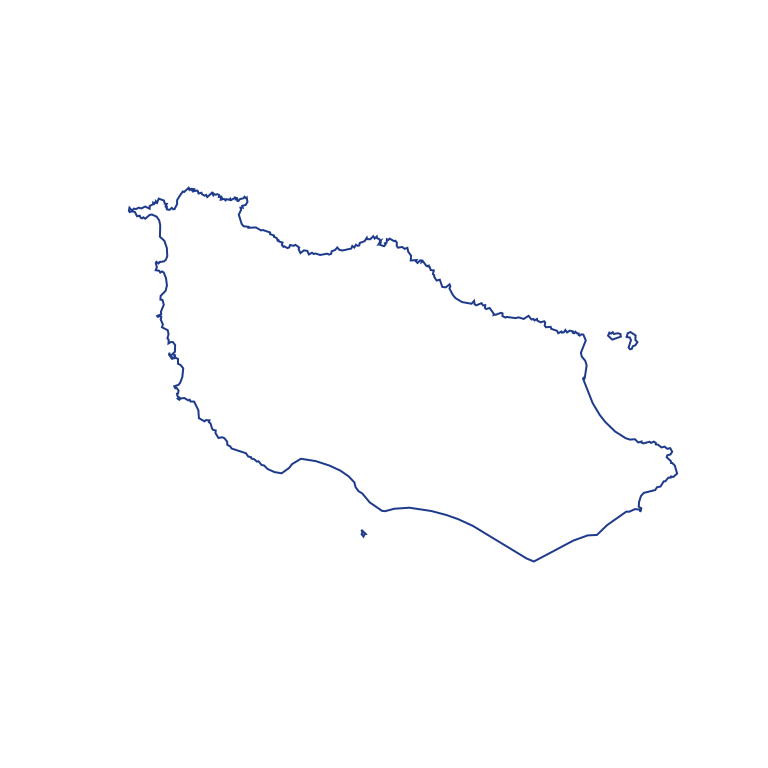 King Island, Tasmania, Australia, rotated 114°
{"feature_id": "25037944B96070195853153", "entity_name": "King Island", "entity_type": "district", "adm_level": 2, "iso_a3": "AUS", "parent_name": "Australia", "parent_adm1": "Tasmania", "projection": "robinson", "projection_center": [143.932, -39.872], "detail": "fine", "context": "isolated", "style": "outline", "palette": "blue", "viewbox_px": 768, "rotation_deg": 114, "n_neighbors": 0, "source": "geoboundaries", "source_scale": "gbopen_adm2", "svg_char_len": 6134}
<svg xmlns="http://www.w3.org/2000/svg" viewBox="0 0 768 768"><g transform="rotate(114 384 384)"><path d="M265.2,261.0L262.3,261.7L261.5,263.1L264.0,266.2L263.7,269.7L262.4,270.7L264.7,272.4L263.8,273.9L265.1,275.5L262.9,279.7L267.7,282.8L268.4,288.2L270.3,290.6L272.9,299.4L273.9,300.0L273.8,303.4L271.3,304.4L271.4,306.1L275.5,310.3L275.5,312.1L276.1,311.8L276.4,312.0L275.0,312.6L271.6,318.4L274.0,321.2L273.4,322.8L270.8,323.6L271.9,325.5L270.5,327.8L274.6,331.7L274.3,333.7L271.4,335.5L275.1,336.7L277.4,346.0L276.5,353.5L274.6,357.4L270.2,363.0L267.8,363.1L266.3,364.6L270.6,366.9L271.6,370.2L266.0,375.5L268.1,378.0L265.7,381.7L264.2,382.3L263.8,384.0L260.0,384.7L260.9,387.7L258.6,389.8L258.7,391.4L257.8,391.4L258.9,393.3L256.0,398.4L257.6,399.3L255.8,399.9L256.6,401.4L259.8,402.6L258.9,404.9L257.5,404.7L260.3,409.8L255.8,411.4L253.3,415.7L250.1,418.0L252.2,420.2L251.4,423.1L253.8,426.7L252.7,428.6L249.5,429.8L248.5,431.9L249.4,432.9L248.9,438.0L250.8,438.7L250.6,440.2L253.9,439.1L255.1,440.4L256.1,439.3L258.1,440.0L258.5,444.4L256.9,444.5L258.3,445.7L254.4,445.3L255.1,445.8L253.6,446.9L253.6,449.6L252.2,450.6L254.9,451.7L253.4,453.9L257.4,455.5L258.5,458.3L257.4,459.2L261.4,459.8L265.0,463.5L267.5,463.0L268.6,464.6L268.2,466.3L271.4,466.7L270.8,469.1L273.6,469.0L279.0,476.4L279.6,479.4L278.3,482.2L281.5,483.2L284.0,485.8L286.6,485.2L288.1,486.8L288.1,489.0L292.1,494.8L292.6,499.6L293.8,501.0L293.4,503.2L296.2,505.3L293.6,508.2L294.5,511.5L298.4,513.6L295.6,516.8L293.8,517.0L292.9,521.6L294.5,522.7L295.2,526.3L297.8,526.2L299.1,527.5L298.8,531.2L299.6,531.7L298.5,533.9L296.1,534.2L296.5,537.6L295.5,538.9L296.3,539.5L294.3,541.4L294.3,544.4L293.1,544.8L293.4,549.0L291.9,549.7L292.6,557.3L293.7,558.8L293.1,564.7L296.4,571.4L295.5,571.6L297.0,576.4L295.6,579.2L288.4,585.5L283.1,585.4L281.3,586.8L280.5,584.7L278.9,586.0L276.7,583.2L273.2,582.8L269.7,585.1L270.5,585.3L269.7,587.6L271.3,587.8L274.0,591.1L276.1,591.4L276.3,592.6L274.4,593.7L275.3,594.5L274.1,594.8L274.3,595.9L275.1,595.3L275.1,596.3L278.2,598.5L277.5,599.5L278.9,599.4L278.1,599.7L277.4,600.8L278.6,600.0L279.3,603.3L280.7,603.4L280.0,605.5L281.6,607.5L280.3,607.4L279.5,608.3L280.3,608.6L279.1,608.9L280.3,610.9L278.5,611.2L278.3,613.3L279.9,615.3L279.2,617.6L280.7,617.2L279.4,619.0L285.1,621.5L283.6,623.4L284.9,624.3L284.7,627.4L283.5,628.6L285.4,630.9L282.9,633.1L283.8,632.6L283.3,633.7L285.4,636.3L283.2,636.6L283.7,638.3L284.9,638.3L284.1,639.3L285.2,640.3L284.8,640.1L284.3,640.4L285.0,640.3L284.4,641.7L285.6,641.3L285.2,642.7L289.9,644.7L290.0,646.1L295.0,647.1L300.2,647.8L303.8,646.2L309.4,646.5L310.1,647.5L309.4,649.5L312.1,650.7L312.8,653.4L309.5,654.9L311.1,655.0L310.6,655.8L307.8,655.7L308.5,657.6L305.9,659.6L306.3,665.2L310.3,665.0L309.9,666.4L311.2,665.6L311.3,667.1L312.8,667.2L312.3,668.6L313.9,668.1L316.6,670.5L319.2,669.4L319.0,674.3L322.3,677.1L322.7,679.8L325.1,681.7L325.5,683.8L327.5,684.5L328.6,683.9L328.2,681.5L331.2,677.8L329.6,675.6L331.1,674.0L331.0,672.2L329.6,671.6L330.1,669.3L324.9,666.9L323.6,665.0L323.6,659.7L326.0,655.9L330.0,653.0L340.6,648.6L342.5,642.9L348.1,637.7L355.3,634.0L359.1,633.8L361.5,634.9L363.8,638.5L364.7,638.0L364.3,638.6L365.6,639.0L365.0,641.6L366.3,641.7L369.7,639.0L372.9,638.8L372.0,635.5L373.2,633.7L371.5,632.7L371.7,630.6L376.0,626.2L382.2,622.4L387.7,621.4L394.3,623.9L397.8,622.6L397.3,620.6L401.2,617.4L408.6,617.2L411.0,615.9L414.1,618.9L414.6,617.9L412.8,615.9L413.4,614.6L415.8,614.3L419.6,610.2L422.5,609.9L422.8,603.5L426.1,601.1L430.4,600.4L431.3,598.6L434.6,597.4L432.2,595.7L431.6,593.9L433.3,590.7L439.6,588.1L443.0,589.5L442.7,586.6L444.9,585.9L446.0,588.2L444.0,592.1L442.6,592.7L444.7,592.3L447.2,587.9L444.8,585.0L444.9,582.4L449.3,580.4L449.4,577.6L451.3,573.8L459.5,571.1L465.8,570.7L468.4,571.4L471.4,574.7L472.8,572.9L471.9,572.0L473.6,569.0L476.3,568.3L477.1,569.2L479.2,567.6L479.6,565.5L481.3,566.5L481.7,564.6L480.1,564.0L478.0,560.8L478.6,556.3L477.4,555.1L478.7,553.6L477.3,550.3L483.5,542.9L490.5,539.2L491.1,532.8L489.5,532.1L488.2,528.7L490.1,528.5L490.6,526.4L494.6,523.0L495.4,521.8L494.9,518.8L497.3,518.1L500.6,513.3L498.5,510.2L498.4,507.9L500.4,503.9L503.3,502.4L503.6,498.8L504.5,497.9L504.9,496.6L503.4,482.0L505.5,478.5L504.9,475.8L506.0,474.8L505.5,472.0L506.6,468.6L505.6,467.2L507.8,462.9L507.2,460.4L509.0,455.8L509.0,448.1L507.2,441.2L499.2,436.5L494.6,435.4L486.1,429.5L482.2,415.0L480.7,400.6L480.9,388.4L482.8,378.6L486.0,371.0L489.8,368.0L492.3,363.6L492.8,359.4L498.0,348.8L500.7,334.1L499.7,331.2L493.8,323.9L486.7,310.5L480.8,289.2L478.3,273.7L477.3,261.1L477.5,245.0L485.4,182.8L485.2,174.9L450.2,147.5L439.5,136.4L435.3,128.1L422.0,122.7L402.0,110.7L401.0,108.1L396.2,103.8L394.8,99.5L395.9,98.4L395.8,97.9L392.9,98.4L392.6,101.3L388.1,103.0L381.8,103.7L377.8,102.4L370.6,93.1L367.3,92.6L365.1,89.6L359.2,88.9L358.4,87.4L353.8,86.1L353.0,84.0L351.7,84.2L351.3,81.9L346.6,79.8L340.3,85.1L338.9,88.5L339.4,89.6L337.8,90.5L335.9,96.0L333.9,96.2L331.8,93.6L328.6,93.2L326.2,96.5L328.0,98.9L327.1,102.2L329.1,104.7L328.0,108.9L328.6,111.2L327.3,111.7L326.9,114.1L329.2,116.1L328.8,118.0L332.7,122.8L332.8,124.9L331.8,125.3L334.0,128.0L332.4,132.3L334.8,136.8L335.2,141.4L333.4,153.5L328.7,166.4L324.6,174.2L316.6,185.6L298.1,204.4L297.2,204.1L297.8,203.1L296.7,203.1L284.7,206.4L281.0,209.5L278.5,214.5L275.4,216.8L262.1,217.4L257.8,222.0L258.3,223.8L260.2,224.9L259.9,226.4L258.7,226.7L259.2,228.6L258.4,230.3L260.3,230.9L260.4,232.4L259.1,232.6L259.7,236.0L262.4,237.7L260.9,240.3L263.6,240.7L264.7,242.4L263.9,243.2L266.7,245.5L265.0,247.6L265.6,253.6L264.0,255.0L266.3,259.2L265.2,261.0ZM236.3,180.0L238.5,182.0L242.0,181.5L242.0,182.4L242.4,181.2L241.5,178.4L243.5,176.2L251.2,175.4L252.2,173.4L251.1,171.9L248.4,172.1L246.3,170.1L242.7,169.5L241.5,172.3L237.3,173.9L236.3,180.0ZM250.6,193.5L244.4,186.9L242.2,188.3L242.5,191.0L244.8,194.3L243.6,196.1L245.7,197.1L245.4,199.0L248.7,199.0L250.6,193.5ZM528.5,339.6L527.6,342.0L526.4,345.3L528.5,343.2L530.3,343.4L531.7,340.7L529.5,340.8L528.5,339.6ZM329.6,687.5L330.4,686.2L328.4,684.2L326.5,688.2L329.6,687.5Z" fill="none" stroke="#1e3a8a" stroke-width="2"/></g></svg>